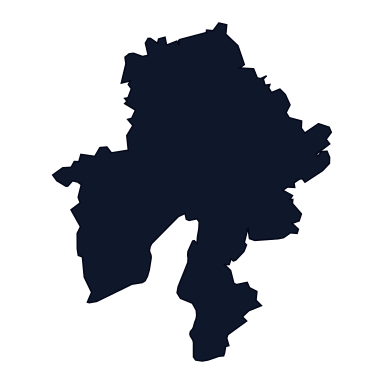 SVG path tracing the border of Namur
{"feature_id": "BEL-3476", "entity_name": "Namur", "entity_type": "Province", "adm_level": 1, "iso_a3": "BEL", "parent_name": "Belgium", "parent_adm1": "", "projection": "albers", "projection_center": [4.867, 50.216], "detail": "fine", "context": "isolated", "style": "filled", "palette": "ink", "viewbox_px": 384, "rotation_deg": 0, "n_neighbors": 0, "source": "natural_earth", "source_scale": "10m", "svg_char_len": 2377}
<svg xmlns="http://www.w3.org/2000/svg" viewBox="0 0 384 384"><path d="M189.1,220.4L186.3,219.2L185.1,213.4L178.4,216.5L151.6,243.6L150.1,246.7L149.4,250.6L150.0,252.9L150.9,254.9L151.2,257.6L149.2,270.1L147.4,276.3L145.1,280.7L142.4,282.5L131.9,284.2L96.7,301.4L89.3,302.7L87.4,302.2L88.1,300.5L91.6,292.3L84.3,277.2L82.4,256.9L78.3,255.4L77.3,249.0L77.2,233.4L80.5,226.7L71.0,209.8L80.2,202.9L78.2,197.2L81.3,184.7L77.7,182.0L72.5,180.8L67.8,186.1L65.9,186.2L56.8,180.7L52.7,175.0L62.7,167.8L71.1,167.3L74.3,161.5L78.8,161.7L80.9,154.4L94.8,156.4L99.9,147.6L106.9,147.0L111.4,152.9L128.3,150.2L126.8,135.6L132.9,125.5L127.7,119.4L131.7,118.3L135.5,110.1L124.7,103.6L127.0,101.2L124.7,98.4L128.0,97.8L131.4,88.7L128.3,84.5L130.3,80.9L121.3,83.1L125.9,63.8L125.0,57.2L129.2,53.8L133.6,53.3L142.6,56.5L148.2,55.3L145.4,43.1L148.1,38.4L150.5,38.4L157.5,43.3L158.6,39.0L165.0,37.2L166.6,45.1L176.6,41.2L179.4,45.3L178.4,40.8L179.7,39.6L206.3,32.6L206.6,30.1L213.1,30.7L218.8,23.0L226.7,24.8L225.8,34.2L237.9,45.7L244.3,64.5L239.7,68.0L253.6,68.8L257.3,78.0L260.7,78.6L266.6,75.8L263.3,79.0L265.0,85.2L269.9,84.5L268.7,87.9L271.5,92.5L279.9,89.1L285.3,94.5L290.0,104.9L286.1,112.6L289.2,117.7L301.6,121.0L301.3,128.2L304.8,133.0L318.5,123.7L329.1,127.2L331.3,132.3L326.1,139.3L329.7,143.9L316.2,154.2L318.1,156.2L321.2,151.7L327.0,151.2L329.6,157.4L329.4,163.4L322.6,170.6L305.0,182.2L302.3,178.7L299.6,179.0L294.0,182.8L294.7,187.4L287.5,187.0L282.8,190.3L292.5,195.6L289.8,199.5L292.8,199.5L292.4,203.5L301.4,213.9L299.1,220.9L292.0,223.3L298.4,229.2L297.1,233.4L290.4,232.8L283.6,237.6L278.3,238.7L254.8,240.4L249.5,238.6L248.0,227.6L244.3,242.7L246.5,244.9L243.9,251.5L235.7,260.1L233.3,261.0L231.0,258.6L229.2,264.6L224.4,264.5L230.6,270.5L233.8,283.3L236.5,284.6L247.2,282.4L249.5,287.7L256.9,291.5L256.0,300.2L261.4,305.6L248.8,310.7L242.4,316.8L246.6,321.0L227.8,334.7L226.7,338.1L228.8,345.6L225.6,346.5L224.5,353.2L223.6,355.8L219.0,356.2L208.0,360.0L202.3,361.0L195.7,360.0L193.5,357.0L193.5,342.4L192.9,340.1L190.4,336.0L189.9,334.0L190.4,331.6L192.6,329.0L193.5,327.0L194.8,322.2L196.1,318.9L196.7,315.5L196.3,310.4L192.4,303.2L180.5,298.3L177.1,292.8L178.2,286.6L187.9,262.4L188.1,258.2L187.7,255.0L188.0,251.5L192.7,241.0L194.3,240.7L197.0,243.6L197.5,236.8L198.9,228.7L199.2,221.8L196.9,218.8L189.1,220.4Z" fill="#0f172a" stroke="#020617" stroke-width="1.5"/></svg>